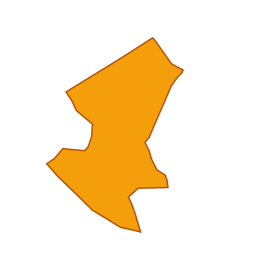 Leslie Land, Castries, Saint Lucia, rotated 36°
{"feature_id": "8701671B53611878651636", "entity_name": "Leslie Land", "entity_type": "district", "adm_level": 2, "iso_a3": "LCA", "parent_name": "Saint Lucia", "parent_adm1": "Castries", "projection": "mercator", "projection_center": [-60.987, 14.008], "detail": "fine", "context": "isolated", "style": "filled", "palette": "amber", "viewbox_px": 256, "rotation_deg": 36, "n_neighbors": 0, "source": "geoboundaries", "source_scale": "gbopen_adm2", "svg_char_len": 705}
<svg xmlns="http://www.w3.org/2000/svg" viewBox="0 0 256 256"><g transform="rotate(36 128 128)"><path d="M56.7,135.3L66.7,139.0L76.0,144.2L85.0,144.9L97.2,145.7L97.4,146.5L103.6,156.2L106.8,166.4L106.3,171.8L87.4,183.1L86.5,194.8L86.4,196.0L83.3,204.7L84.6,205.0L99.5,208.4L123.0,211.7L147.6,215.4L180.5,212.7L192.6,207.4L199.3,204.7L183.7,192.8L175.8,187.4L169.0,183.6L169.2,182.6L171.6,170.7L195.3,152.7L190.5,147.5L185.8,144.3L175.8,144.8L165.4,139.4L158.6,134.1L150.2,129.7L150.7,123.3L148.1,112.5L141.8,83.9L138.2,68.3L138.2,56.4L139.2,52.1L138.4,48.7L137.6,48.9L129.8,50.0L125.6,50.5L96.9,40.8L94.9,40.6L83.2,70.7L77.5,84.7L56.7,135.3Z" fill="#f59e0b" stroke="#b45309" stroke-width="1.5"/></g></svg>